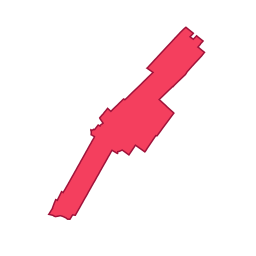 Cuza Voda, Calarasi, Romania, rotated 34°
{"feature_id": "2599482B12109110667072", "entity_name": "Cuza Voda", "entity_type": "district", "adm_level": 2, "iso_a3": "ROU", "parent_name": "Romania", "parent_adm1": "Calarasi", "projection": "robinson", "projection_center": [27.269, 44.268], "detail": "fine", "context": "isolated", "style": "filled", "palette": "rose", "viewbox_px": 256, "rotation_deg": 34, "n_neighbors": 0, "source": "geoboundaries", "source_scale": "gbopen_adm2", "svg_char_len": 4938}
<svg xmlns="http://www.w3.org/2000/svg" viewBox="0 0 256 256"><g transform="rotate(34 128 128)"><path d="M157.7,90.0L156.8,89.8L155.3,89.6L150.9,89.0L148.9,88.7L148.2,88.6L147.8,88.5L147.6,88.4L147.3,88.4L147.2,88.4L145.6,88.1L144.8,88.0L142.7,87.7L141.4,87.5L140.2,87.3L139.0,87.2L137.9,87.0L140.5,74.9L140.5,74.7L141.3,71.3L141.9,68.5L142.2,68.5L142.5,66.5L143.5,61.5L145.3,53.3L145.7,51.6L145.7,51.4L145.6,48.1L145.7,47.4L145.9,46.1L146.0,45.3L146.1,44.3L146.4,42.3L146.5,41.3L146.5,41.2L146.8,39.7L147.1,37.4L147.7,33.8L147.9,32.4L148.1,31.5L148.2,30.4L148.4,29.4L148.5,28.5L148.7,27.4L148.8,26.3L148.8,25.6L149.0,24.1L149.0,23.3L149.1,22.5L147.9,22.4L146.4,22.3L145.2,22.2L144.6,22.1L143.3,22.0L142.5,21.9L141.7,21.8L141.2,21.8L140.7,21.8L140.9,20.4L141.0,19.4L141.1,18.8L141.2,18.3L141.2,18.2L141.1,17.9L141.0,17.7L141.1,17.1L141.3,16.2L141.4,15.4L141.6,14.3L141.6,13.9L140.0,13.8L138.7,13.7L134.9,13.4L133.3,13.2L133.1,14.4L132.9,15.7L132.6,17.0L132.5,17.9L131.4,17.8L130.4,17.8L129.4,17.8L128.4,17.7L128.6,16.7L128.8,15.8L129.0,14.3L129.2,13.5L129.2,12.9L124.1,12.5L119.7,12.1L119.2,13.6L118.8,15.3L118.3,17.8L118.1,18.7L117.9,19.5L117.8,20.6L117.4,23.0L117.2,24.2L117.1,25.0L116.9,26.0L116.7,26.9L116.6,27.6L116.5,28.8L116.3,29.7L116.2,30.2L116.1,31.2L115.5,35.0L114.7,39.8L113.9,45.0L113.6,46.7L113.4,48.1L113.1,50.0L113.1,50.3L112.9,51.3L112.8,52.0L112.6,53.5L112.3,55.3L112.1,56.3L112.0,56.8L112.0,57.4L111.8,58.2L111.7,59.1L111.6,60.0L111.5,60.5L111.3,61.5L111.3,61.8L111.2,62.4L111.0,63.4L110.9,64.3L110.8,64.8L110.7,65.7L110.6,66.4L110.5,66.8L110.4,67.6L110.3,67.8L117.7,67.9L116.8,72.2L116.2,74.9L115.7,77.6L115.0,80.8L114.3,84.6L113.3,89.3L112.5,92.8L111.9,95.5L111.5,97.5L111.1,99.5L110.8,101.0L110.5,102.7L109.7,106.0L109.6,106.3L108.8,106.3L108.5,106.3L108.3,106.3L108.1,106.4L108.1,106.5L107.7,108.2L107.5,109.4L107.2,110.7L106.9,112.1L106.7,113.2L106.4,114.9L105.8,117.4L105.0,121.1L104.5,123.8L100.1,123.1L99.9,126.1L99.6,128.5L99.6,129.2L99.6,129.9L99.4,131.4L99.3,131.5L99.1,133.2L99.0,134.5L98.9,134.6L98.9,135.4L98.9,135.5L100.2,136.2L102.4,137.0L104.6,137.9L104.7,138.1L104.2,139.2L103.7,140.5L103.5,141.8L103.6,142.0L101.6,142.2L101.5,143.7L101.4,145.2L101.3,146.4L101.2,148.0L100.4,148.3L100.1,148.4L100.0,149.0L100.0,149.4L98.5,150.3L98.3,150.3L98.4,150.5L98.8,151.0L99.2,150.8L99.5,151.3L100.0,152.2L100.5,153.0L101.2,154.2L101.7,154.1L103.9,154.0L105.0,153.9L105.3,155.1L105.4,156.8L105.5,158.5L105.6,159.9L105.7,160.5L105.8,161.3L105.9,162.9L105.9,163.3L106.0,164.4L106.1,165.4L106.2,166.5L106.3,167.8L106.4,168.6L106.5,169.8L106.5,170.5L106.6,171.6L106.7,172.4L107.0,175.9L107.2,178.2L107.4,180.7L107.4,181.2L107.6,183.2L107.7,183.7L108.0,188.1L108.2,190.4L108.3,191.0L108.5,194.1L108.7,196.2L108.8,197.2L108.9,199.1L109.2,202.6L109.5,205.8L109.5,206.5L109.7,208.1L109.8,209.9L109.8,210.3L110.1,213.8L110.2,215.5L110.2,216.6L110.3,217.8L108.5,217.9L109.1,222.0L109.6,226.0L109.9,227.5L108.1,227.8L108.7,230.5L108.7,230.8L110.2,236.9L110.4,236.9L110.4,238.5L110.6,243.9L111.0,243.7L114.3,242.5L114.6,242.4L115.9,242.4L117.3,242.1L118.3,241.2L119.7,239.8L120.8,238.6L121.5,238.3L123.2,237.8L124.3,237.6L125.6,237.4L126.5,237.3L127.0,237.2L127.9,237.3L128.6,237.4L128.9,237.4L129.4,237.0L130.6,236.3L130.9,236.1L130.7,232.0L130.6,231.8L130.7,231.3L130.7,231.0L131.9,230.4L133.1,229.8L132.5,222.1L132.5,221.5L132.4,220.7L132.3,219.4L132.2,218.7L132.2,218.3L132.1,217.5L132.1,217.0L132.0,216.4L132.0,216.0L132.0,215.7L131.9,214.4L131.8,214.0L131.7,212.5L131.6,211.6L131.6,211.0L131.5,210.2L131.5,209.6L131.5,209.2L131.4,209.1L131.4,207.8L131.3,206.7L131.2,205.3L131.1,204.4L130.9,203.0L130.9,202.1L130.8,201.0L130.7,200.4L130.7,199.4L130.5,197.5L130.4,196.2L130.3,194.9L130.2,193.5L130.1,193.0L130.1,192.8L130.1,191.5L129.7,187.1L129.6,186.3L129.5,185.0L129.5,184.2L129.4,182.8L129.2,180.7L129.0,179.0L128.9,177.0L128.7,175.0L128.6,173.7L128.6,173.0L128.5,172.4L128.4,171.0L128.3,169.0L128.2,167.9L128.1,167.1L128.0,165.8L128.0,165.1L127.9,164.5L127.8,163.6L127.7,162.7L127.7,162.4L127.7,162.2L127.7,161.7L127.6,160.4L127.4,158.5L127.3,157.3L127.2,155.4L132.9,155.1L133.3,155.0L133.5,155.0L133.6,154.9L132.7,153.3L133.9,152.2L135.5,149.5L143.8,149.8L143.8,149.6L143.8,148.9L143.8,147.8L143.8,146.4L143.8,145.4L143.8,144.5L143.8,143.8L143.8,143.0L143.8,142.2L143.8,141.8L143.8,141.0L143.8,140.2L143.8,139.9L143.7,138.8L143.8,138.1L152.6,138.3L155.3,138.4L155.4,137.6L155.4,135.2L155.3,134.9L155.3,133.8L155.3,131.8L155.3,129.6L155.3,127.3L155.3,126.5L155.3,125.7L155.3,124.8L155.3,124.4L155.3,123.6L155.3,123.0L155.3,122.7L155.3,122.3L155.3,121.9L155.3,121.3L155.3,121.0L155.3,120.6L155.3,120.2L155.3,119.9L155.3,119.6L155.3,119.3L155.3,118.7L156.3,118.4L156.5,118.0L156.5,117.6L156.5,117.2L156.5,116.7L156.5,116.3L156.6,115.5L156.5,115.3L156.6,115.1L156.6,114.7L156.6,114.2L156.7,113.2L156.7,112.4L156.8,108.4L157.1,102.4L157.5,93.2L157.7,90.0Z" fill="#f43f5e" stroke="#9f1239" stroke-width="1.5"/></g></svg>